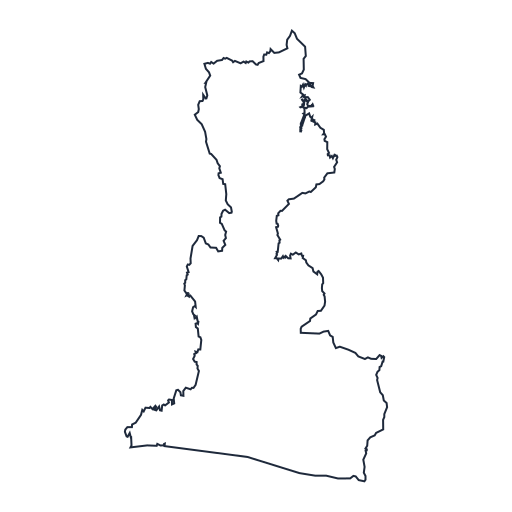 the district of Cianjur, Jawa Barat, Indonesia
{"feature_id": "22746128B34542084533901", "entity_name": "Cianjur", "entity_type": "district", "adm_level": 2, "iso_a3": "IDN", "parent_name": "Indonesia", "parent_adm1": "Jawa Barat", "projection": "equal_earth", "projection_center": [107.144, -7.054], "detail": "fine", "context": "isolated", "style": "outline", "palette": "slate", "viewbox_px": 512, "rotation_deg": 0, "n_neighbors": 0, "source": "geoboundaries", "source_scale": "gbopen_adm2", "svg_char_len": 6028}
<svg xmlns="http://www.w3.org/2000/svg" viewBox="0 0 512 512"><path d="M323.2,283.1L323.0,277.7L321.2,274.3L318.6,271.0L317.5,271.7L317.2,274.3L313.4,271.5L312.6,268.1L308.4,265.4L306.3,262.5L305.9,260.3L302.7,258.0L303.1,255.8L301.9,255.7L301.3,253.5L298.7,254.4L295.8,252.5L292.8,254.7L290.9,253.7L290.1,255.6L290.6,258.4L288.2,258.3L286.3,256.5L285.5,257.3L285.3,256.2L283.5,257.7L282.9,256.2L281.2,258.6L278.5,258.5L278.2,260.1L276.7,258.2L275.1,258.2L277.0,254.8L276.5,253.9L277.5,252.3L276.8,251.8L277.8,251.1L278.6,243.4L279.6,242.7L279.4,240.4L280.2,239.7L277.4,235.0L277.9,233.5L276.1,227.2L278.0,226.7L278.2,225.6L277.6,223.8L276.6,223.6L276.2,220.8L276.8,215.8L278.4,215.3L278.2,213.3L280.5,210.8L282.0,210.9L288.9,203.9L287.4,200.7L288.8,199.3L293.9,198.6L302.3,192.9L305.5,193.4L309.3,191.5L310.8,192.0L315.8,187.3L316.4,184.4L319.4,184.1L323.2,181.3L324.4,179.4L324.2,177.6L327.4,173.3L334.3,172.5L334.8,169.0L334.1,166.9L337.1,162.3L336.2,159.8L337.4,157.1L336.7,155.6L334.6,156.0L334.9,153.9L332.9,158.2L331.8,156.0L330.1,157.5L329.6,155.3L327.9,155.3L327.7,154.1L329.0,152.9L327.2,149.2L327.3,142.1L324.7,140.9L324.4,139.2L326.0,136.7L324.8,134.2L323.2,134.3L324.1,133.1L323.8,129.8L320.4,127.8L317.3,123.5L315.2,124.5L315.3,122.3L313.7,121.8L314.4,120.2L312.5,119.3L311.8,121.7L311.6,120.4L311.5,121.0L311.2,121.4L312.2,116.8L311.3,117.7L310.2,116.7L309.1,113.4L305.4,115.7L302.6,124.1L301.5,123.8L302.2,125.7L300.6,127.0L301.4,127.9L301.3,128.6L300.7,129.0L301.1,131.1L300.5,132.3L301.0,131.1L300.3,131.2L300.3,128.9L301.1,128.4L300.2,127.2L301.2,125.2L300.7,124.0L303.7,116.2L304.9,116.7L304.7,114.8L303.4,113.6L304.6,113.1L304.4,107.6L306.5,108.2L308.0,106.7L312.7,106.3L312.3,105.2L313.0,105.3L312.6,104.3L311.5,105.9L308.1,106.0L307.2,104.1L307.9,102.5L306.2,100.4L304.3,101.2L304.0,105.0L303.1,106.2L302.4,105.8L302.5,106.9L302.1,106.6L300.9,107.3L300.4,107.3L300.3,107.2L302.2,106.4L302.4,105.2L303.0,105.9L302.6,104.4L303.6,103.6L303.7,101.8L302.4,100.4L301.6,98.8L303.7,101.3L305.4,98.7L308.0,101.6L309.8,99.8L307.8,97.1L304.2,97.2L304.6,95.5L302.0,96.6L303.3,94.7L300.4,92.5L300.8,86.0L301.8,86.7L303.0,84.6L303.9,87.5L304.8,85.1L305.7,85.7L305.6,84.3L306.5,84.8L307.5,83.8L308.8,84.8L308.7,85.9L310.1,86.2L309.6,85.3L310.2,84.4L311.9,87.1L313.4,87.4L312.6,86.0L313.1,83.1L309.5,82.9L305.6,79.1L300.5,77.9L299.1,74.7L302.0,73.4L303.8,69.6L303.6,58.8L305.8,56.0L305.1,46.7L297.0,38.8L294.7,33.2L291.9,30.7L290.0,35.9L287.2,39.7L286.6,44.9L287.4,48.3L278.9,52.4L274.3,52.9L270.6,49.1L270.3,51.3L268.9,53.1L267.1,52.4L266.3,54.7L264.2,54.5L263.4,56.7L263.5,61.1L258.7,63.0L257.6,64.8L256.0,64.5L252.6,61.2L249.6,61.4L248.4,62.6L246.3,61.5L245.7,63.0L243.6,61.6L240.6,63.3L234.9,60.9L233.1,62.2L232.1,60.6L226.7,57.9L225.1,58.7L223.6,58.0L222.0,60.0L217.1,60.8L213.6,63.6L211.2,62.0L210.0,63.7L207.9,62.9L204.4,63.8L205.9,68.8L209.0,72.3L210.2,75.6L205.5,82.7L206.2,82.6L205.2,87.1L207.3,95.4L206.4,98.4L205.7,98.5L203.2,94.8L203.3,99.4L202.5,101.0L199.7,101.2L198.2,104.8L198.8,109.1L198.2,112.1L194.8,114.7L197.2,119.8L201.7,124.2L205.1,131.8L206.4,139.1L206.0,141.7L209.7,153.6L211.2,154.0L216.5,159.8L217.7,163.3L219.9,166.2L219.3,168.3L220.8,172.7L218.6,173.3L218.4,175.1L219.6,178.1L222.6,179.2L223.2,183.9L225.2,184.2L226.3,194.2L225.8,200.5L227.7,204.3L231.0,207.4L231.8,211.7L231.5,212.7L229.2,213.1L225.1,209.7L223.1,210.7L221.5,213.9L221.4,216.6L220.1,217.4L220.0,222.8L221.8,223.9L224.6,230.3L226.1,231.6L225.2,235.0L225.9,238.1L223.6,240.8L225.3,244.9L222.3,247.8L222.1,250.8L218.2,251.4L216.1,247.8L210.5,247.5L208.4,244.5L205.8,243.4L203.7,237.7L201.3,236.1L198.7,236.0L197.0,240.2L192.6,245.9L190.5,258.5L190.7,263.3L189.3,264.8L187.8,264.5L186.8,266.5L188.6,272.1L187.0,272.6L187.7,274.6L186.7,275.3L186.3,279.3L185.2,280.2L185.2,282.8L184.3,283.6L184.9,285.5L184.4,290.5L186.3,293.2L187.5,293.1L186.4,295.5L188.0,294.7L187.6,295.7L188.9,296.5L188.9,295.4L190.2,295.4L195.1,301.5L195.7,307.0L194.7,306.1L193.1,307.2L192.1,311.3L193.3,314.2L194.8,315.5L194.1,315.8L194.5,317.9L195.0,317.2L195.9,318.1L196.8,316.9L197.6,321.1L198.4,321.7L198.0,323.9L197.2,323.1L195.6,323.7L195.9,327.1L197.8,328.5L198.6,336.5L200.4,337.3L201.3,340.0L200.3,349.5L198.3,349.4L197.4,352.2L195.5,351.6L196.0,353.2L194.2,354.1L194.7,355.8L193.1,359.0L194.7,361.7L196.6,362.0L196.6,364.5L197.7,365.8L197.5,368.5L198.9,371.0L195.6,384.9L193.5,387.9L191.9,387.8L190.6,389.3L185.8,387.7L183.3,391.0L183.4,395.8L180.9,395.3L180.4,392.2L178.0,389.8L176.3,390.3L173.7,398.5L174.2,403.4L172.0,404.4L171.9,400.0L169.0,399.5L168.1,400.4L168.9,402.5L165.1,405.4L163.8,404.5L162.2,405.5L161.6,410.7L160.0,410.3L159.1,406.5L156.3,410.4L154.3,409.7L156.2,406.9L155.4,405.8L152.5,409.1L150.4,406.9L149.5,408.0L145.5,407.7L143.7,411.4L142.3,409.9L141.0,414.9L135.7,422.7L132.1,424.5L131.9,427.1L127.4,427.1L125.3,429.6L124.9,431.8L126.6,436.4L127.6,436.8L129.7,433.0L130.8,437.3L131.1,436.2L131.5,445.4L130.5,447.4L147.2,445.4L156.7,445.8L157.3,443.9L160.5,445.5L163.9,445.3L164.1,443.9L164.8,443.6L164.5,446.1L247.6,457.0L299.4,473.1L315.4,475.7L326.3,475.7L338.1,478.5L350.2,478.4L353.4,475.9L355.7,476.4L358.7,480.1L364.4,481.3L365.5,479.7L365.5,476.0L363.8,472.7L364.6,466.9L363.3,459.7L366.2,453.4L365.6,450.6L366.7,450.4L366.8,449.3L365.5,448.5L367.2,445.8L367.6,440.4L370.3,437.3L374.7,435.4L376.1,432.9L383.2,429.4L383.1,419.8L384.3,417.1L384.3,414.1L387.1,407.2L386.6,403.0L383.8,400.5L382.8,395.2L380.2,392.3L377.1,380.0L377.6,378.0L376.2,374.9L377.5,371.8L379.4,370.1L379.6,367.0L381.2,366.2L382.6,361.6L383.3,361.6L384.2,357.1L383.3,356.2L381.6,357.8L381.2,355.9L379.6,355.1L376.2,359.0L371.1,358.8L367.9,357.4L364.9,359.0L358.3,356.4L355.4,352.9L348.4,349.7L339.8,346.7L335.9,348.1L333.3,342.5L332.7,336.9L330.1,335.4L328.2,330.9L323.6,331.6L319.4,333.6L300.8,332.8L300.7,328.8L301.6,326.7L310.0,321.0L310.3,318.5L316.0,314.5L317.7,311.0L320.9,310.8L324.5,305.6L325.1,301.7L324.6,296.4L323.7,294.8L324.5,293.5L322.2,291.1L321.9,288.1L322.2,284.4L323.2,283.1Z" fill="none" stroke="#1e293b" stroke-width="2"/></svg>